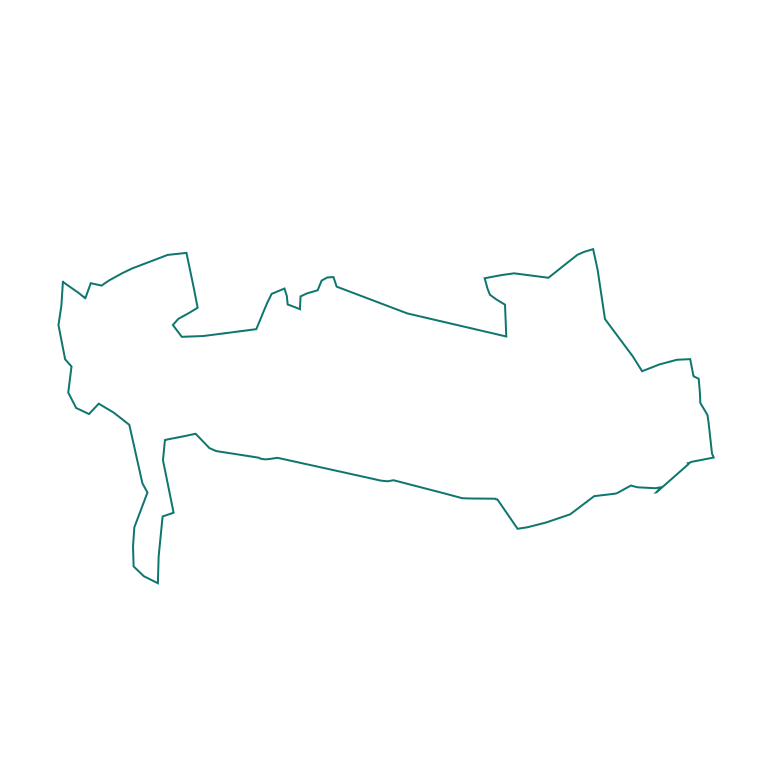 Magtymguly, Balkan, Turkmenistan, rotated 79°
{"feature_id": "10190150B5540422332593", "entity_name": "Magtymguly", "entity_type": "district", "adm_level": 2, "iso_a3": "TKM", "parent_name": "Turkmenistan", "parent_adm1": "Balkan", "projection": "natural_earth1", "projection_center": [56.485, 39.153], "detail": "fine", "context": "isolated", "style": "outline", "palette": "teal", "viewbox_px": 768, "rotation_deg": 79, "n_neighbors": 0, "source": "geoboundaries", "source_scale": "gbopen_adm2", "svg_char_len": 1890}
<svg xmlns="http://www.w3.org/2000/svg" viewBox="0 0 768 768"><g transform="rotate(79 384 384)"><path d="M241.8,660.9L242.4,661.3L236.4,666.3L223.1,679.2L221.7,679.5L245.7,685.8L264.0,692.3L298.9,692.3L307.2,687.4L317.2,690.7L332.2,695.6L348.9,690.7L357.2,679.3L348.9,667.8L360.5,654.8L375.5,641.8L435.4,640.1L445.4,636.9L477.0,656.4L495.3,661.3L515.3,664.6L526.9,656.4L536.4,644.0L510.2,638.1L471.8,626.6L470.2,615.1L416.6,615.5L397.5,609.8L397.5,609.3L397.1,609.2L397.1,588.6L396.9,578.6L397.1,578.5L397.1,578.3L413.6,567.6L417.8,561.6L432.6,520.6L433.7,519.6L435.3,515.1L435.8,510.6L436.1,502.8L436.9,501.2L437.0,500.6L478.3,405.4L480.2,399.0L480.3,393.0L489.6,373.5L503.5,344.4L510.8,329.5L511.0,329.2L512.7,321.8L517.9,296.4L518.7,296.0L519.0,294.7L551.6,280.5L552.0,270.7L550.9,251.7L547.5,226.4L546.9,225.0L534.2,199.1L535.7,178.8L535.7,176.4L530.8,161.0L533.8,154.8L538.1,137.4L538.2,132.1L538.2,131.8L542.3,137.4L542.3,137.2L520.8,100.5L519.7,100.8L519.7,100.5L519.7,98.6L519.1,97.7L519.1,74.4L514.9,75.3L483.2,72.7L476.5,72.4L475.8,72.5L463.0,77.1L453.1,75.6L438.9,74.1L435.7,78.4L435.2,78.4L435.0,78.7L418.0,78.7L416.1,91.9L417.3,109.6L420.7,128.2L404.4,134.5L362.4,154.7L312.6,152.5L291.5,153.0L292.5,162.5L294.1,169.5L300.0,181.0L307.3,195.0L311.0,202.1L311.1,202.3L300.2,235.1L299.5,248.0L299.4,265.0L310.0,264.2L316.6,263.0L322.4,257.6L328.4,251.0L329.2,250.1L346.4,252.7L360.7,254.9L319.2,347.6L279.4,411.9L269.4,413.2L268.6,419.3L270.6,425.5L279.3,431.2L279.4,431.8L280.4,442.5L282.1,449.2L294.2,452.2L294.5,452.2L289.4,460.3L287.6,463.4L279.0,462.6L271.3,463.5L274.1,477.1L282.0,483.1L293.2,490.6L293.3,490.6L305.8,498.9L302.4,552.4L299.1,573.5L285.8,580.0L280.8,573.5L277.3,562.5L273.6,552.4L252.5,552.4L217.6,552.9L216.0,571.8L222.5,609.2L225.1,619.2L229.8,633.9L233.5,642.5L229.1,652.6L242.3,660.5L241.8,660.9Z" fill="none" stroke="#0f766e" stroke-width="2"/></g></svg>